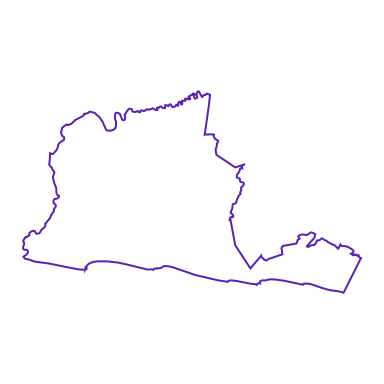 Villa de Tututepec de Melchor Ocampo, Oaxaca, Mexico
{"feature_id": "50627088B81743896776092", "entity_name": "Villa de Tututepec de Melchor Ocampo", "entity_type": "district", "adm_level": 2, "iso_a3": "MEX", "parent_name": "Mexico", "parent_adm1": "Oaxaca", "projection": "orthographic", "projection_center": [-97.497, 16.098], "detail": "fine", "context": "isolated", "style": "outline", "palette": "violet", "viewbox_px": 384, "rotation_deg": 0, "n_neighbors": 0, "source": "geoboundaries", "source_scale": "gbopen_adm2", "svg_char_len": 5925}
<svg xmlns="http://www.w3.org/2000/svg" viewBox="0 0 384 384"><path d="M244.1,164.6L235.2,167.4L216.4,154.8L215.6,149.3L216.6,146.9L217.0,143.7L218.2,140.7L215.4,139.1L214.4,137.8L213.7,136.6L214.0,134.9L213.8,134.5L209.2,134.3L207.0,134.7L206.4,134.4L205.5,134.3L204.7,134.7L209.0,104.5L210.0,94.9L206.9,93.5L205.6,94.9L205.3,95.0L204.4,94.8L203.7,95.0L203.0,96.3L201.9,96.9L201.1,95.3L200.6,94.8L199.2,91.8L198.0,91.3L197.7,91.5L197.5,92.4L196.5,93.5L196.1,94.4L196.1,94.9L196.7,95.0L197.1,96.4L197.0,97.8L195.4,98.6L194.9,98.6L194.6,98.3L193.9,96.4L193.9,95.0L194.3,94.0L193.6,93.5L193.2,93.6L192.7,93.8L192.8,94.5L192.5,94.9L189.8,95.7L188.7,96.6L188.5,97.1L188.9,97.7L189.6,97.6L190.1,98.1L190.1,99.1L188.4,99.3L187.9,99.1L187.2,99.2L185.9,98.5L185.4,98.5L185.1,99.0L185.4,99.6L185.4,100.5L184.8,100.8L182.4,100.7L181.9,101.1L182.3,102.9L182.2,104.1L182.1,104.3L181.7,104.4L181.1,104.1L180.7,102.8L179.7,101.7L178.8,102.2L178.3,103.3L178.2,103.9L177.8,104.1L177.8,104.5L178.4,104.9L178.3,105.6L177.7,105.6L176.2,104.9L175.3,106.4L174.8,106.7L173.8,106.6L172.8,107.1L171.6,106.4L171.0,104.6L170.4,104.3L169.9,104.3L169.1,104.9L168.4,106.0L167.6,105.9L166.9,105.3L165.9,105.1L165.1,105.3L165.0,108.0L164.4,108.2L162.9,108.0L161.3,106.7L160.4,106.4L159.6,106.9L159.4,107.5L158.9,107.8L158.3,107.6L157.0,107.9L157.4,109.9L157.1,110.0L155.6,110.1L153.6,108.6L152.4,108.3L151.8,108.9L149.5,109.4L149.0,109.8L148.3,109.8L147.1,109.2L146.7,109.3L144.9,110.8L143.5,111.0L141.5,110.3L140.5,110.8L140.2,112.0L139.7,112.3L138.7,112.1L138.4,111.6L137.4,111.1L135.1,112.1L133.4,111.8L132.9,111.6L132.2,110.8L131.6,108.9L129.3,108.7L127.8,110.0L126.0,112.8L124.7,114.6L125.2,117.3L125.0,118.4L124.9,119.2L124.5,119.8L123.7,120.3L122.6,120.0L122.2,119.6L119.9,113.9L118.5,113.1L116.9,112.7L115.8,112.8L115.3,113.6L114.9,117.8L115.3,119.7L116.0,121.3L116.1,122.4L116.0,125.9L115.3,127.5L115.3,128.3L113.9,129.5L111.0,130.7L108.1,130.7L106.6,130.2L105.5,128.6L104.9,126.6L103.7,124.6L102.7,121.7L101.5,120.3L99.3,116.9L96.8,115.0L94.7,112.8L93.2,112.6L90.3,111.6L89.3,111.8L88.4,112.8L85.4,113.9L84.5,113.7L83.8,114.3L83.7,115.2L82.8,116.1L75.6,119.8L73.0,122.1L71.5,123.8L70.7,124.0L68.8,124.9L67.5,125.1L67.3,124.6L66.2,124.6L62.8,127.3L61.9,128.3L61.7,130.4L60.9,132.3L62.1,135.8L63.5,136.7L64.2,137.5L64.1,139.5L63.5,140.2L60.7,142.0L59.1,143.4L58.4,144.7L57.8,146.4L57.5,148.5L56.0,150.7L53.1,153.8L52.3,154.1L50.1,153.2L49.8,159.5L49.2,164.6L50.4,166.4L51.7,167.6L52.3,169.3L53.9,171.2L54.4,172.1L53.8,174.4L52.9,176.7L53.2,178.9L54.4,183.5L55.8,186.7L56.4,189.5L56.3,191.6L56.6,193.6L57.0,194.5L57.9,195.3L59.0,195.9L58.9,196.7L58.8,197.1L57.7,198.2L56.6,198.7L54.8,199.0L53.8,199.7L53.4,201.8L53.5,202.6L53.8,203.2L54.8,203.9L55.6,204.9L55.9,205.9L55.2,207.5L53.9,209.1L53.8,211.4L51.0,215.3L50.0,218.2L47.0,221.7L46.4,222.7L45.2,223.7L45.5,225.2L45.3,225.9L44.5,227.1L43.6,228.3L42.3,229.0L41.1,230.4L40.8,231.2L40.0,232.4L39.3,233.2L38.3,233.5L37.0,233.8L36.1,233.4L35.1,232.2L35.0,231.3L33.2,230.7L31.9,231.1L30.1,232.4L29.4,233.3L29.1,234.0L29.4,234.9L29.3,235.5L28.1,236.0L26.9,237.0L26.2,236.9L25.5,237.2L25.4,237.7L25.0,237.8L24.2,239.0L23.3,240.6L23.2,241.2L23.4,241.8L23.9,242.2L24.2,243.7L23.1,247.1L23.0,248.3L23.8,249.4L24.8,249.8L26.7,249.8L27.6,250.5L28.0,251.2L27.9,252.6L26.8,254.1L25.7,255.2L23.5,256.6L24.7,258.5L30.3,260.0L34.6,261.6L48.8,263.5L73.3,268.4L79.0,269.4L84.6,269.8L84.7,270.1L84.8,269.7L86.5,269.2L86.6,268.8L87.3,268.3L86.5,268.5L85.4,267.9L85.3,267.5L85.5,267.1L86.1,267.2L87.3,267.7L86.3,267.1L86.4,266.4L87.8,264.7L88.8,263.8L90.6,262.9L93.5,261.8L97.9,261.3L107.5,261.4L118.2,262.6L126.0,264.3L147.8,269.6L151.5,269.3L153.1,269.9L153.8,269.4L154.1,268.9L154.8,268.5L156.1,268.4L156.6,268.7L157.4,268.2L158.6,268.4L159.5,268.1L160.3,268.1L161.0,267.7L161.8,267.6L162.4,267.2L162.5,266.8L163.5,266.3L163.5,266.5L163.6,266.3L164.0,266.1L167.5,266.1L173.0,267.3L195.2,275.0L218.4,280.4L226.6,281.6L227.2,281.9L227.9,281.8L228.6,280.7L230.7,280.4L232.6,280.5L237.9,281.2L250.4,283.7L256.5,284.3L256.6,284.8L257.4,284.3L257.6,283.7L258.5,283.3L259.8,282.9L260.1,283.3L260.3,282.9L260.0,282.2L260.0,281.5L261.5,280.5L262.7,280.3L264.8,280.5L270.0,279.3L275.1,279.5L283.8,280.7L298.7,283.8L300.4,284.4L300.8,284.2L302.8,284.4L302.8,284.7L303.2,284.7L303.5,284.5L303.8,283.7L305.0,283.5L309.1,283.8L312.4,284.6L322.2,288.0L327.7,289.6L330.8,290.3L338.3,291.3L343.6,292.7L361.0,258.0L360.0,257.8L359.5,257.4L358.8,256.2L358.6,255.2L358.2,255.0L357.3,255.8L356.4,254.9L355.5,254.5L354.8,255.2L353.9,254.6L353.1,255.3L352.7,255.2L352.1,254.4L351.0,253.7L352.6,253.0L353.6,251.5L353.6,251.1L352.4,249.6L348.4,247.2L348.0,246.8L345.2,246.3L344.1,245.9L342.3,246.1L340.6,245.1L340.4,244.6L338.5,248.3L338.1,248.7L337.7,248.7L337.4,247.9L334.5,245.1L333.1,244.8L328.9,242.6L327.6,241.9L326.3,240.6L324.0,239.8L322.8,238.7L321.9,238.3L319.7,240.0L319.2,240.3L317.3,240.3L317.0,240.6L316.8,241.4L315.9,243.1L314.0,245.2L313.2,245.0L311.4,245.2L308.4,246.9L307.3,246.8L306.9,246.1L314.5,237.6L315.2,234.1L314.0,233.4L311.2,232.4L310.4,232.6L308.7,233.9L306.4,235.2L305.1,234.7L301.7,234.5L299.8,235.1L298.2,236.5L299.6,238.7L297.7,240.0L296.5,243.5L282.8,246.0L281.5,248.0L282.4,254.3L268.6,259.0L266.3,260.5L264.5,259.9L264.0,259.6L263.4,258.6L261.8,257.7L261.3,255.6L250.4,268.4L235.2,245.2L230.5,219.7L229.6,219.9L229.9,218.6L230.5,217.4L231.1,217.1L232.6,217.2L233.3,216.5L232.9,214.8L230.7,212.9L231.0,212.3L230.9,211.4L232.2,208.8L232.7,204.4L233.2,204.0L235.4,203.4L236.1,202.5L237.0,199.4L238.4,196.6L238.6,196.0L240.6,193.9L240.1,192.5L241.3,190.2L241.1,189.1L241.2,187.4L242.8,186.1L243.6,185.0L243.9,183.3L242.8,182.3L241.0,182.1L240.4,181.7L239.9,180.8L239.9,179.0L239.7,178.5L236.9,177.5L236.8,175.1L236.9,174.7L238.0,173.5L238.9,172.2L239.8,170.2L239.8,169.2L240.9,168.2L242.2,168.4L241.8,166.2L243.0,165.3L243.2,164.9L244.0,164.9L244.1,164.6Z" fill="none" stroke="#5b21b6" stroke-width="2"/></svg>